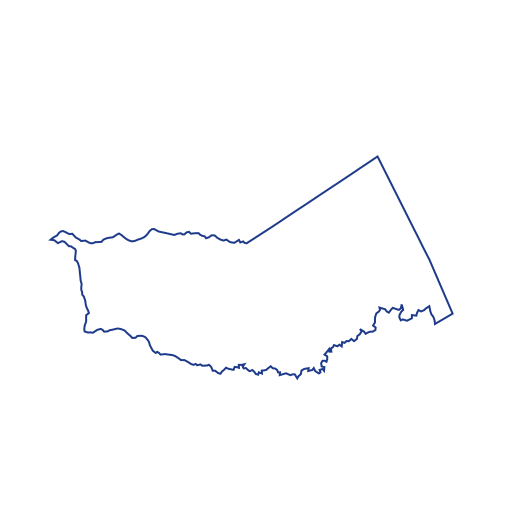 Mirante da Serra, Rondônia, Brazil (Natural Earth projection), rotated 12°
{"feature_id": "56859067B54774050991451", "entity_name": "Mirante da Serra", "entity_type": "district", "adm_level": 2, "iso_a3": "BRA", "parent_name": "Brazil", "parent_adm1": "Rondônia", "projection": "natural_earth1", "projection_center": [-62.897, -11.045], "detail": "fine", "context": "isolated", "style": "outline", "palette": "blue", "viewbox_px": 512, "rotation_deg": 12, "n_neighbors": 0, "source": "geoboundaries", "source_scale": "gbopen_adm2", "svg_char_len": 3850}
<svg xmlns="http://www.w3.org/2000/svg" viewBox="0 0 512 512"><g transform="rotate(12 256 256)"><path d="M86.0,276.4L81.8,277.7L80.1,276.7L76.0,275.4L73.5,273.7L71.6,272.4L69.5,273.3L67.1,273.0L64.6,272.2L61.9,271.7L59.9,272.7L58.5,274.3L57.2,277.2L54.0,280.0L51.7,282.8L55.4,282.5L59.6,284.6L63.2,281.8L65.6,281.9L67.6,283.1L70.9,285.3L72.9,285.0L75.5,286.1L77.3,286.6L78.7,288.3L79.0,290.8L79.2,293.3L79.9,297.6L81.7,298.1L83.4,300.1L85.7,304.2L87.3,309.3L88.7,313.5L89.6,316.5L91.3,319.7L91.6,323.0L92.1,325.3L93.4,327.4L94.1,330.0L95.9,331.3L98.1,334.9L100.0,340.0L101.8,342.7L103.2,344.3L104.4,346.6L102.2,349.2L102.7,351.8L103.5,355.5L102.9,359.7L103.2,363.2L104.1,365.5L107.6,365.8L110.1,365.1L112.4,365.0L115.9,361.4L119.2,359.6L121.2,360.1L123.2,361.6L126.7,360.5L128.3,359.0L130.6,358.1L133.7,356.6L135.7,355.7L138.7,355.5L140.8,355.8L143.0,356.2L146.5,358.5L149.6,360.2L152.1,361.9L155.2,361.0L156.6,358.9L159.9,358.0L161.8,357.8L164.6,358.4L168.1,361.1L169.4,362.7L170.7,365.3L172.6,367.6L174.9,370.2L178.1,371.7L179.4,370.3L181.5,371.1L183.1,372.3L187.2,370.9L190.9,370.6L195.0,370.3L197.8,370.7L201.7,372.2L204.2,373.4L207.8,372.7L212.4,374.1L215.0,375.2L217.7,375.4L219.4,374.1L221.1,375.1L224.3,373.6L226.1,374.5L228.7,373.9L230.9,373.3L232.5,372.2L235.0,373.6L236.3,375.3L237.5,377.2L239.8,376.7L243.2,378.3L245.7,378.6L246.8,375.9L248.3,374.1L249.9,371.5L252.6,372.1L257.7,372.0L258.2,368.9L260.4,368.7L262.6,368.9L261.8,366.1L264.6,365.5L267.1,364.3L266.0,367.0L267.3,368.5L269.4,367.7L271.7,369.1L273.6,370.0L276.3,368.3L278.8,370.0L280.4,371.5L282.8,371.6L282.9,369.2L286.3,369.7L285.5,366.9L287.7,366.2L289.7,365.3L291.0,363.5L293.3,360.8L295.7,362.3L298.1,362.1L300.4,363.1L301.8,365.3L303.7,364.8L304.0,367.6L309.7,364.5L314.4,365.4L316.3,364.2L318.5,363.7L321.8,367.1L322.6,364.7L324.4,362.3L324.3,358.6L326.7,356.4L330.8,354.8L331.0,357.6L334.8,355.8L335.8,353.6L337.8,356.2L341.9,357.8L343.2,356.4L341.9,354.2L344.7,352.7L346.4,354.1L346.0,350.5L343.2,350.4L342.0,347.4L342.8,344.7L345.0,344.2L346.9,344.8L347.1,341.8L346.5,339.3L343.5,338.2L345.3,335.0L346.8,331.9L347.7,334.3L349.6,333.9L348.5,330.9L350.2,329.2L350.8,326.9L354.4,327.4L356.0,325.4L358.6,326.6L358.2,322.3L360.6,322.6L362.3,320.3L364.5,320.1L366.5,317.3L369.6,318.9L371.9,316.2L371.8,313.2L373.7,311.1L375.0,307.8L372.9,305.9L377.4,307.5L379.4,309.3L381.2,307.7L383.5,306.3L386.1,305.6L388.2,303.6L387.9,301.1L385.0,299.7L386.2,296.2L385.6,293.6L385.2,290.7L385.7,287.0L387.8,284.7L388.5,282.7L387.5,280.8L393.2,281.2L395.5,283.1L397.7,283.8L399.0,280.9L400.5,278.3L403.9,278.7L406.9,279.0L408.6,277.1L408.5,273.1L409.9,275.6L411.2,278.2L409.7,280.1L408.6,284.0L409.0,286.4L411.0,288.8L412.8,287.5L417.2,287.9L421.4,284.5L420.8,281.4L425.2,281.0L425.3,278.3L426.2,275.1L429.0,275.9L431.7,274.0L433.0,272.0L435.9,269.1L436.9,271.2L437.9,273.6L439.6,276.5L441.8,278.3L443.4,280.6L444.3,282.5L445.2,285.3L446.6,284.0L460.3,271.5L426.3,223.4L423.1,219.5L417.9,213.1L409.9,203.0L402.5,193.8L354.2,133.4L339.2,148.8L335.3,152.9L316.9,171.7L302.5,186.4L300.1,188.9L282.5,206.8L266.8,223.0L244.2,245.5L242.0,245.5L240.5,244.4L237.8,246.0L236.0,243.8L232.1,247.6L228.6,247.8L226.6,247.4L223.7,246.1L221.1,247.6L218.0,247.4L214.4,246.3L211.4,244.5L208.4,244.9L205.9,247.6L203.5,249.0L201.8,247.5L199.3,247.4L197.0,246.9L195.1,245.6L192.0,246.3L187.7,247.7L185.3,246.3L183.0,247.5L181.5,249.7L179.7,250.2L177.7,249.4L174.7,250.5L171.7,252.4L161.9,252.3L158.4,252.3L155.7,252.3L150.7,250.8L148.6,251.4L146.7,253.8L145.5,256.7L144.3,258.8L142.5,261.0L139.8,263.0L137.3,264.4L134.1,266.6L131.5,267.5L127.9,267.1L125.6,266.3L123.4,265.3L121.7,264.4L119.9,263.4L117.3,262.5L115.2,264.2L112.2,267.4L108.0,268.9L105.7,270.0L103.3,271.8L101.9,274.3L98.4,275.3L96.0,275.8L94.1,277.2L92.2,277.9L89.6,277.6L86.0,276.4Z" fill="none" stroke="#1e3a8a" stroke-width="2"/></g></svg>